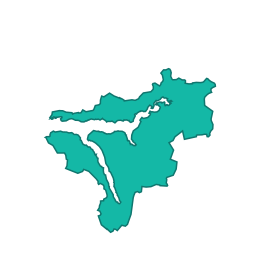 outline of Volda nor, Møre og Romsdal, Norway, rotated 311°
{"feature_id": "86288312B43762277095742", "entity_name": "Volda nor", "entity_type": "district", "adm_level": 2, "iso_a3": "NOR", "parent_name": "Norway", "parent_adm1": "Møre og Romsdal", "projection": "orthographic", "projection_center": [6.111, 62.092], "detail": "fine", "context": "isolated", "style": "filled", "palette": "teal", "viewbox_px": 256, "rotation_deg": 311, "n_neighbors": 0, "source": "geoboundaries", "source_scale": "gbopen_adm2", "svg_char_len": 5872}
<svg xmlns="http://www.w3.org/2000/svg" viewBox="0 0 256 256"><g transform="rotate(311 128 128)"><path d="M90.5,60.4L88.1,61.9L84.8,62.2L85.1,62.8L84.1,63.0L84.7,63.3L84.5,64.5L85.0,65.1L85.9,65.4L86.3,64.4L87.7,64.7L88.0,65.6L87.7,66.1L88.4,66.4L87.8,66.9L88.3,67.3L89.3,67.2L92.9,70.3L93.0,70.9L92.4,71.4L90.7,71.1L89.8,72.6L89.8,73.2L90.1,74.0L92.8,76.6L96.1,77.8L97.9,79.2L98.6,80.5L99.4,83.3L100.9,85.1L101.5,86.2L101.9,88.5L103.3,90.3L104.2,91.1L105.8,91.5L106.1,92.3L108.1,92.7L108.3,92.9L108.1,93.0L108.2,93.3L109.1,93.4L110.7,94.4L112.4,97.4L113.4,97.7L113.7,98.5L115.3,99.9L115.7,101.7L117.8,102.3L117.6,102.4L118.4,103.2L118.5,104.3L118.7,104.6L118.8,107.1L118.5,107.9L119.7,108.4L121.6,110.7L122.7,111.4L123.3,114.8L126.5,115.1L127.3,115.6L129.0,117.3L130.1,119.8L131.2,119.7L131.1,120.0L131.9,120.2L132.6,121.3L133.2,121.6L133.9,123.8L134.3,123.9L133.8,125.1L134.1,126.5L136.5,127.5L138.1,126.5L141.7,125.6L142.0,125.4L142.3,124.3L143.5,124.2L144.1,125.3L145.5,125.1L148.8,126.2L148.7,126.5L149.8,127.1L150.4,127.9L150.6,129.0L152.0,130.4L155.1,130.1L156.5,129.4L159.5,129.4L159.8,131.0L159.8,132.3L158.2,132.4L158.6,133.5L159.3,133.9L162.0,133.0L163.5,131.3L167.2,131.1L168.0,132.5L170.7,133.5L173.0,133.4L174.3,133.9L174.5,134.5L174.2,134.9L174.7,136.2L175.5,136.7L176.1,138.8L174.8,139.1L174.9,140.0L174.6,140.1L174.2,141.4L176.6,142.2L177.0,142.4L177.0,142.9L176.5,142.2L176.3,142.6L177.2,143.5L176.2,143.2L176.1,142.6L175.6,142.3L174.4,142.9L174.8,144.2L173.9,144.1L173.9,143.6L173.5,144.0L171.7,143.9L171.3,143.5L171.3,142.5L170.7,142.4L170.7,141.7L169.3,141.4L169.7,140.4L171.4,139.0L171.5,138.4L169.5,137.3L169.5,136.7L169.0,136.7L169.0,135.9L168.4,134.9L166.5,133.9L165.3,134.3L165.3,133.5L164.7,133.4L164.9,133.2L163.8,133.5L164.3,134.6L165.0,135.0L165.0,138.2L164.7,138.9L161.8,139.9L159.3,139.4L157.3,137.6L156.0,135.4L155.4,135.1L155.2,133.6L153.0,134.1L153.6,135.1L153.5,135.6L152.5,136.1L149.7,136.1L148.6,135.8L145.6,133.6L145.1,132.6L145.1,131.6L144.7,131.6L142.0,131.8L141.5,132.2L141.4,133.5L135.2,135.2L129.3,133.9L125.1,135.5L121.8,138.0L121.6,139.8L121.4,139.7L121.0,140.8L121.2,143.7L120.4,144.4L120.6,145.1L119.7,145.2L118.5,144.1L118.1,142.2L118.4,142.2L118.2,141.3L117.2,140.7L117.8,140.1L117.6,139.6L118.2,139.1L119.0,137.7L118.9,136.6L118.3,136.5L118.2,135.8L119.7,134.1L120.5,132.5L120.7,132.4L121.2,131.0L121.5,131.1L121.4,130.2L122.2,129.3L122.3,128.3L121.7,125.8L119.2,122.7L119.3,122.4L117.6,121.3L116.5,120.0L115.4,120.2L111.7,118.5L111.2,117.4L110.1,116.6L109.8,115.9L109.3,115.7L109.0,113.8L108.6,113.7L108.6,112.2L107.9,110.6L106.7,109.5L106.6,108.7L106.1,108.3L106.1,107.5L105.1,106.9L103.5,103.7L96.6,102.8L93.3,104.5L92.8,104.9L92.8,105.7L92.5,106.1L92.5,106.5L93.7,107.1L93.8,108.3L94.7,109.4L95.4,113.4L95.3,118.5L94.1,123.1L90.7,129.6L86.9,134.3L86.4,135.4L85.7,138.4L84.7,140.3L83.1,141.9L82.9,142.4L83.3,143.2L82.9,144.6L80.6,149.7L78.5,152.6L77.6,152.9L77.4,153.8L74.5,155.9L74.5,156.7L73.9,157.8L72.1,160.9L71.5,161.2L71.6,162.0L70.8,163.6L70.2,164.0L70.2,164.6L69.2,167.1L67.7,169.3L67.4,171.2L65.4,171.4L64.7,170.1L65.3,168.7L64.6,168.0L64.6,167.3L64.9,166.8L64.8,166.1L65.5,165.2L66.4,162.1L68.0,160.5L70.4,153.2L71.5,152.4L71.5,151.7L73.4,149.7L75.1,145.4L77.8,141.9L77.5,141.7L77.4,140.8L78.2,139.0L79.8,137.2L81.9,135.6L81.2,134.5L81.7,133.3L81.3,133.0L81.2,131.9L82.5,128.0L83.4,126.7L85.5,125.2L85.2,124.1L86.1,122.7L86.1,121.6L87.3,121.3L86.3,120.4L87.5,118.4L88.1,115.9L88.5,115.5L88.0,113.7L88.7,112.2L88.4,111.3L87.5,110.4L87.7,107.6L86.7,106.9L86.3,104.3L88.0,100.7L87.6,100.1L87.8,99.6L89.3,98.6L90.0,95.1L89.3,93.3L87.7,91.5L87.8,89.9L87.6,88.6L85.5,86.6L84.6,84.3L82.2,81.4L81.4,79.2L77.2,75.7L76.7,73.7L73.6,72.8L71.6,73.6L71.0,74.4L69.9,74.3L68.0,72.2L66.7,71.8L66.9,72.5L64.6,77.8L65.6,82.8L62.8,91.1L67.5,96.5L66.6,99.0L64.0,101.9L64.3,103.2L59.4,106.8L56.6,107.5L60.9,119.8L65.4,122.2L67.7,121.7L69.6,126.9L68.8,137.3L68.1,140.5L66.7,141.6L66.2,142.8L68.1,143.6L68.6,145.8L68.7,147.1L68.1,148.3L66.3,149.8L66.6,151.1L66.4,152.1L63.8,156.1L62.6,157.2L61.2,157.5L58.4,156.4L57.1,157.3L54.9,155.2L53.3,156.6L50.6,157.5L48.9,158.7L46.0,159.1L46.8,161.3L45.5,164.0L44.0,164.3L42.2,163.3L37.5,171.4L37.7,178.4L38.1,178.3L37.9,183.3L40.4,184.3L42.6,183.7L43.4,185.1L43.6,187.2L50.5,187.1L52.2,190.4L54.9,190.8L64.8,186.9L78.9,177.6L81.1,176.6L84.1,175.6L86.3,176.9L86.7,179.0L88.7,179.9L93.0,176.9L95.3,180.4L98.8,183.8L103.9,186.3L105.8,189.4L105.5,190.0L109.8,195.6L110.6,195.6L111.3,194.3L111.6,192.9L114.4,191.2L115.1,190.0L116.2,189.7L122.0,193.1L128.6,191.3L134.5,187.2L132.2,180.4L141.2,176.9L143.8,168.6L148.1,170.2L152.1,169.2L161.6,171.1L156.5,178.0L166.3,185.3L167.4,184.5L168.1,184.8L171.5,188.4L173.3,189.7L174.8,191.5L173.4,193.4L173.6,193.7L174.3,194.5L176.5,194.5L177.1,193.4L179.8,192.5L182.9,192.5L186.3,189.9L188.2,186.0L189.3,184.8L196.2,181.0L195.3,171.1L199.9,166.6L201.5,165.7L204.7,165.8L207.1,166.3L209.8,167.7L210.2,166.5L211.9,165.0L213.9,165.3L216.8,166.6L218.0,165.3L218.5,163.9L217.5,160.3L217.3,158.0L217.5,155.9L217.0,154.8L212.6,154.8L211.4,154.3L209.8,152.9L207.2,149.6L204.3,147.1L203.7,147.6L201.2,145.0L199.3,141.8L201.3,140.5L201.5,139.3L199.8,137.3L199.0,133.6L196.3,132.8L193.8,130.2L193.7,129.3L195.1,126.2L198.1,124.3L199.4,122.3L199.8,120.9L199.4,119.7L196.7,118.5L195.2,116.7L191.0,116.8L190.5,119.2L187.6,123.0L185.9,123.6L183.7,123.4L182.3,124.2L180.5,124.3L179.6,118.9L177.9,117.7L176.9,117.9L175.9,119.9L173.8,121.6L170.4,121.5L164.5,116.6L159.0,116.3L157.1,116.8L153.6,115.3L151.9,112.5L146.0,107.4L146.4,106.9L146.1,104.6L145.4,102.1L145.1,102.4L143.0,96.5L142.2,91.2L135.7,89.4L134.8,87.2L131.0,88.9L128.3,91.1L126.5,90.9L123.5,88.6L119.4,90.1L118.2,90.0L112.7,85.6L112.0,82.0L108.6,82.5L107.0,81.1L107.2,80.5L103.7,77.7L102.2,77.0L102.8,75.7L99.3,70.9L98.2,67.5L96.0,64.7L90.5,60.4Z" fill="#14b8a6" stroke="#0f766e" stroke-width="1.5"/></g></svg>